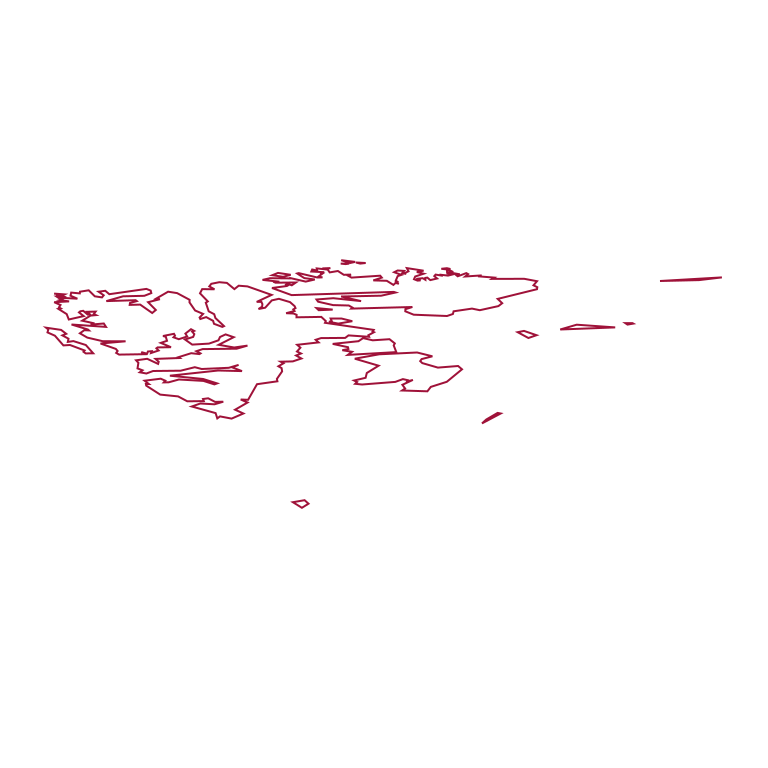 map outline of Svalbard (Robinson projection)
{"feature_id": "NOR-901", "entity_name": "Svalbard", "entity_type": "Territory", "adm_level": 1, "iso_a3": "NOR", "parent_name": "Norway", "parent_adm1": "", "projection": "robinson", "projection_center": [18.37, 77.559], "detail": "fine", "context": "isolated", "style": "outline", "palette": "rose", "viewbox_px": 768, "rotation_deg": 0, "n_neighbors": 0, "source": "natural_earth", "source_scale": "10m", "svg_char_len": 6069}
<svg xmlns="http://www.w3.org/2000/svg" viewBox="0 0 768 768"><path d="M345.2,337.9L321.0,338.1L315.7,339.8L318.6,342.4L297.2,344.8L300.4,347.7L297.0,351.5L301.0,353.5L296.1,355.5L301.4,358.5L292.8,361.4L280.7,361.7L283.5,363.3L278.4,366.3L281.6,368.1L282.1,371.4L276.9,378.9L277.4,381.3L257.0,384.2L248.1,399.8L240.7,399.5L247.6,402.5L235.1,409.7L243.4,413.5L231.6,418.6L220.0,416.4L217.3,418.4L215.6,413.1L191.8,406.5L200.3,403.5L214.5,404.3L223.3,401.7L215.1,401.9L208.2,398.3L203.0,399.0L203.8,401.1L187.3,401.3L178.1,396.4L160.2,394.6L146.2,385.6L145.9,384.0L148.8,384.0L144.6,380.7L160.7,378.7L165.3,380.7L163.8,382.4L168.7,382.3L178.9,379.5L203.4,380.9L214.4,384.4L217.1,383.4L203.2,379.0L169.9,375.7L218.2,370.5L242.0,371.1L232.0,367.3L238.6,364.9L228.8,367.8L201.7,369.0L194.8,367.2L180.7,370.7L153.1,371.0L146.4,373.5L139.8,372.3L142.5,370.3L137.5,368.4L138.4,362.8L136.1,360.3L147.2,358.8L158.1,363.9L158.7,361.8L155.5,358.9L179.6,358.0L178.4,357.2L191.2,353.2L199.4,354.1L200.5,353.4L196.4,351.2L202.6,349.1L236.7,348.7L247.5,345.6L234.2,347.5L218.7,344.8L233.7,337.2L225.6,334.4L220.0,337.0L218.5,340.3L209.0,343.6L192.2,344.6L185.0,339.5L193.2,336.9L194.3,334.1L192.2,331.7L194.1,330.9L191.0,329.2L185.4,333.6L187.2,336.5L178.8,339.2L173.5,337.3L175.0,335.7L174.0,333.8L163.0,336.0L165.8,336.8L167.0,340.8L160.8,342.9L171.0,347.2L157.6,347.4L156.4,348.3L158.6,350.5L151.1,353.0L151.8,351.2L147.9,351.5L147.1,353.7L141.3,352.1L144.4,354.2L119.1,354.6L116.2,352.9L117.6,351.0L115.8,348.9L100.5,343.5L125.6,341.3L102.7,341.2L87.3,337.6L79.9,333.3L84.3,330.2L88.9,330.4L87.9,329.5L71.5,324.5L106.0,326.9L103.8,323.5L93.1,324.4L90.6,323.9L94.5,323.4L82.2,320.7L90.5,315.6L96.0,315.1L93.8,314.0L95.6,311.6L87.4,311.8L89.6,314.0L87.7,314.6L83.2,310.8L80.3,311.3L79.0,312.4L83.7,316.1L68.8,319.5L66.7,314.1L58.4,308.9L60.7,308.4L59.0,307.3L60.5,305.0L54.2,302.2L69.1,301.4L59.6,300.0L64.5,298.0L77.4,298.7L70.5,295.7L71.2,292.6L79.8,293.4L80.0,291.7L88.7,290.3L94.8,296.3L102.0,297.4L103.7,295.3L98.6,291.7L105.3,290.8L109.3,294.2L146.4,288.9L150.7,290.6L151.3,293.1L144.3,295.8L123.1,296.3L106.3,301.1L135.6,300.2L136.8,301.1L130.0,303.0L129.7,304.9L140.2,304.6L152.2,313.0L155.8,310.0L148.1,302.2L159.9,299.2L156.0,298.7L168.1,291.7L177.1,293.1L189.6,299.8L189.5,302.4L195.1,310.5L203.1,313.9L199.6,317.5L200.3,319.0L206.2,317.1L213.1,320.8L214.0,323.8L222.3,326.9L224.0,326.1L215.4,318.0L214.2,314.2L208.7,311.3L205.8,302.7L207.8,301.4L200.0,293.3L202.2,289.1L214.5,289.3L209.3,286.4L211.3,283.8L219.3,282.2L226.9,282.9L234.4,289.1L238.7,285.7L247.5,286.4L271.6,294.9L256.7,301.9L261.4,301.9L262.4,304.1L262.1,306.7L258.5,309.0L265.2,307.7L271.8,300.4L278.9,298.8L290.0,302.1L294.6,306.1L295.5,308.1L293.3,309.4L294.5,311.0L286.1,313.2L293.5,313.5L296.6,314.8L296.5,317.3L321.3,316.9L325.8,321.1L325.0,322.8L373.7,329.9L372.6,331.5L374.0,332.2L368.4,335.2L369.1,336.8L348.5,335.4L345.2,337.9ZM537.0,281.2L533.5,285.3L537.3,287.2L537.0,289.2L497.7,298.9L502.2,303.2L498.4,306.1L479.8,310.2L472.0,308.6L453.6,311.3L452.9,314.0L447.0,316.0L413.7,314.7L405.3,311.3L405.4,309.2L412.4,307.0L351.4,308.6L352.5,307.6L348.8,305.5L333.1,305.1L318.1,301.7L316.5,299.5L333.3,298.2L361.1,301.1L341.1,296.5L381.2,295.7L395.6,292.5L393.8,291.9L291.6,295.1L272.0,288.0L286.9,286.0L288.6,285.0L285.0,285.0L288.2,284.0L291.8,285.3L295.9,282.5L275.6,282.7L273.2,281.7L279.4,281.7L262.5,279.9L269.9,278.2L291.1,278.4L289.1,277.8L305.7,281.6L314.8,279.5L304.3,278.1L297.2,273.5L298.7,273.1L317.3,277.5L322.5,277.4L318.5,276.5L322.6,273.5L320.0,273.3L324.2,272.2L311.3,271.5L312.2,269.5L317.2,270.5L316.7,268.4L327.7,269.6L329.7,272.4L337.9,271.0L343.8,274.8L351.0,274.6L348.4,275.9L351.5,277.6L380.2,275.7L381.8,277.6L373.3,280.4L386.8,280.8L393.4,284.9L395.6,282.9L398.9,283.8L395.0,282.1L398.4,282.1L395.7,280.8L397.7,276.1L401.3,274.9L394.2,272.2L397.6,270.5L404.1,270.9L402.2,273.1L406.2,273.9L404.6,273.1L408.5,271.3L406.8,268.1L423.6,270.7L416.8,272.0L423.7,273.7L415.2,276.5L414.0,279.2L417.5,280.6L420.6,280.4L416.3,278.9L422.7,278.2L425.4,279.8L425.3,277.9L427.3,277.6L430.3,280.1L437.1,278.5L434.3,276.1L435.6,274.6L442.9,275.8L439.4,274.6L448.0,275.6L454.0,274.1L446.6,273.3L449.8,272.5L459.8,274.3L456.1,275.0L457.7,276.3L466.3,273.1L468.1,274.1L465.2,276.5L481.7,275.4L478.0,276.3L494.3,277.6L492.2,278.9L524.2,278.8L537.0,281.2ZM462.0,369.3L446.8,381.8L430.8,386.9L427.4,391.3L402.1,390.5L405.1,388.5L402.4,384.8L412.9,379.9L407.0,381.6L407.8,380.2L402.9,379.1L395.3,381.9L362.1,384.5L355.2,383.8L357.1,382.0L354.1,380.5L365.6,377.8L366.8,373.0L378.6,365.7L354.8,358.7L379.2,354.3L417.1,352.5L432.4,356.3L421.6,359.1L420.2,361.1L422.3,363.1L437.9,367.6L458.1,366.0L462.0,369.3ZM396.3,352.1L347.8,354.9L352.0,351.8L342.3,350.2L348.4,349.0L348.0,347.2L332.7,343.9L358.5,341.2L363.1,338.1L372.7,340.3L389.5,339.2L394.8,343.4L393.7,345.4L396.3,352.1ZM93.2,353.3L85.7,353.4L83.5,351.8L84.6,350.5L70.0,345.0L63.4,345.4L54.9,335.7L47.5,332.4L48.3,329.5L46.1,327.7L61.1,329.9L66.2,333.8L62.4,335.4L68.5,338.7L67.8,341.9L73.4,341.1L85.8,345.0L93.2,353.3ZM660.0,281.0L721.9,277.4L699.1,280.1L660.0,281.0ZM576.7,324.7L615.2,327.4L560.2,329.5L576.7,324.7ZM330.6,318.5L341.4,318.5L352.3,321.2L338.3,323.6L329.0,321.8L331.7,321.0L330.6,318.5ZM304.6,500.2L308.5,503.7L301.9,507.8L292.9,502.2L304.6,500.2ZM536.5,335.2L528.4,338.0L517.7,332.2L524.0,330.9L536.5,335.2ZM283.1,276.8L272.3,275.2L278.0,272.9L290.7,274.8L283.1,276.8ZM316.5,308.1L332.7,309.6L318.7,310.2L316.5,308.1ZM497.6,412.9L500.7,413.5L482.0,423.4L486.3,419.5L497.6,412.9ZM55.9,295.2L66.3,297.3L58.8,298.0L56.5,296.5L59.8,296.3L55.9,295.2ZM350.1,263.0L341.2,260.2L355.2,261.9L350.1,263.0ZM360.2,263.6L355.9,262.5L365.7,263.0L360.2,263.6ZM63.9,294.8L54.1,293.6L64.7,294.4L63.9,294.8ZM447.0,270.3L449.1,270.0L453.2,272.0L447.1,272.3L447.0,270.3ZM326.2,268.9L322.3,268.4L330.4,268.1L326.2,268.9ZM450.4,269.0L448.3,269.6L441.3,268.8L446.9,268.2L450.4,269.0ZM625.3,323.1L632.4,323.1L633.3,323.6L627.5,324.6L625.3,323.1ZM349.2,263.6L345.6,264.1L340.7,263.6L349.2,263.6Z" fill="none" stroke="#9f1239" stroke-width="2"/></svg>